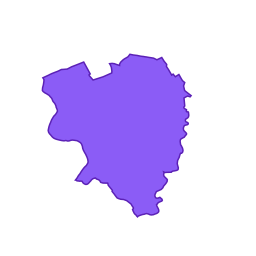 outline of Caxhuacan, Puebla, Mexico, rotated 148°
{"feature_id": "50627088B49115347423872", "entity_name": "Caxhuacan", "entity_type": "district", "adm_level": 2, "iso_a3": "MEX", "parent_name": "Mexico", "parent_adm1": "Puebla", "projection": "orthographic", "projection_center": [-97.605, 20.075], "detail": "fine", "context": "isolated", "style": "filled", "palette": "violet", "viewbox_px": 256, "rotation_deg": 148, "n_neighbors": 0, "source": "geoboundaries", "source_scale": "gbopen_adm2", "svg_char_len": 4878}
<svg xmlns="http://www.w3.org/2000/svg" viewBox="0 0 256 256"><g transform="rotate(148 128 128)"><path d="M173.6,215.7L173.6,214.2L173.7,213.4L174.8,211.9L176.6,209.8L177.0,209.4L177.7,208.7L179.0,207.5L180.0,206.2L180.7,205.2L180.7,204.3L180.5,203.5L179.8,201.7L179.0,200.4L178.4,199.1L177.6,197.5L177.4,195.8L177.2,194.9L177.0,193.5L177.2,192.0L177.3,191.7L177.5,190.3L177.1,187.6L177.2,186.6L177.3,185.6L177.5,184.7L177.9,183.8L178.2,181.9L178.4,180.8L178.9,179.7L180.3,178.8L180.5,178.7L182.3,177.9L184.8,177.3L186.9,176.2L188.3,175.5L189.7,174.5L190.6,173.8L192.4,172.6L194.3,171.0L195.8,169.5L197.0,168.2L197.6,166.4L197.6,164.6L197.4,163.8L197.2,162.5L196.9,160.4L196.4,158.9L195.5,157.4L194.6,156.3L193.1,154.7L191.6,153.2L191.1,152.7L189.3,151.2L189.0,151.0L187.3,150.3L186.4,149.3L185.9,148.8L184.6,148.2L184.3,148.2L184.2,148.1L182.8,147.8L181.3,147.1L181.1,146.9L179.4,145.5L179.1,145.2L178.0,144.3L177.9,144.2L177.2,143.0L176.9,142.4L176.5,141.7L176.3,141.2L176.1,140.8L175.9,139.3L176.0,138.7L176.2,137.5L176.4,136.6L176.7,135.9L177.2,134.7L177.6,132.8L177.6,132.2L177.7,131.4L177.8,129.5L177.8,128.6L177.8,128.3L178.1,126.0L178.2,125.2L178.4,124.1L178.8,122.6L179.7,120.6L179.9,120.3L180.6,119.6L183.1,118.3L185.2,117.9L185.6,117.8L186.9,117.4L187.4,117.2L187.9,117.0L188.7,116.7L190.8,115.8L191.6,115.4L192.7,114.8L194.0,114.3L194.8,114.1L196.2,113.4L197.9,112.5L200.2,111.7L199.5,111.0L199.3,110.2L198.3,109.5L197.2,108.5L196.3,108.1L195.2,107.2L195.2,105.2L195.0,104.6L194.9,104.3L194.4,103.4L193.8,102.6L193.6,102.5L193.1,102.2L192.0,101.9L191.0,102.0L189.8,102.3L188.9,102.6L187.9,102.8L186.4,103.4L184.7,103.6L182.3,103.0L181.8,102.1L181.9,101.6L180.4,99.8L179.9,98.4L179.9,96.3L178.3,94.5L174.4,92.0L175.1,89.9L174.3,83.4L175.1,82.7L174.7,79.3L174.6,77.4L174.3,74.5L173.5,73.3L173.3,73.0L171.9,71.4L169.6,69.7L167.6,67.1L166.9,65.2L165.7,61.9L165.8,59.9L165.7,57.6L166.2,56.8L167.3,56.5L167.7,54.6L167.7,53.9L167.9,52.9L167.8,51.4L167.3,49.9L167.3,48.8L167.0,47.6L166.2,47.9L165.4,47.8L163.8,47.5L162.6,47.2L161.4,46.9L160.0,46.3L158.7,46.0L157.6,45.6L156.3,44.3L155.3,42.8L154.3,41.9L152.3,41.0L150.9,40.8L149.8,40.5L148.5,40.3L147.4,40.4L146.4,40.7L145.8,41.4L145.3,42.5L145.0,44.3L145.0,44.9L144.9,46.1L144.8,46.9L144.7,47.2L144.3,48.0L143.4,48.0L142.3,48.6L141.7,48.6L140.7,48.6L139.7,48.4L139.0,48.3L138.1,48.1L137.2,48.5L136.9,49.7L137.3,51.0L137.7,52.3L139.6,52.6L140.8,53.2L141.5,54.3L141.3,56.1L140.1,57.5L138.9,58.2L138.1,58.8L137.2,59.0L135.4,58.7L134.7,58.6L132.4,58.3L130.2,58.8L128.8,59.7L128.5,59.9L126.5,60.5L125.8,60.7L124.8,61.1L123.2,61.9L122.7,62.6L122.1,63.2L122.1,64.4L122.4,65.3L122.6,66.3L122.9,67.4L123.0,68.1L122.8,68.6L122.8,69.0L122.5,69.4L122.3,69.8L122.1,70.1L121.7,70.4L121.2,70.8L121.0,71.8L120.2,70.6L118.7,69.9L117.2,69.0L115.1,67.8L114.6,67.5L113.9,67.8L112.9,67.7L111.7,67.2L111.3,67.0L109.0,66.2L107.6,66.2L106.7,67.2L106.4,67.6L105.8,69.7L105.5,70.6L105.2,71.6L103.2,74.1L102.1,74.8L100.8,75.6L100.1,76.0L99.6,76.5L98.5,77.5L97.7,78.2L96.7,78.7L95.9,78.2L94.6,78.5L93.4,79.6L92.8,80.9L92.4,82.3L92.3,83.5L92.3,84.1L92.2,84.3L92.2,86.1L91.5,87.6L90.9,89.0L89.9,90.2L89.0,90.6L87.9,90.6L86.1,90.5L85.2,90.4L83.9,90.9L83.1,91.3L82.1,91.4L81.4,92.0L81.3,93.1L81.8,95.2L82.0,96.6L81.5,97.9L80.9,98.8L80.0,99.5L79.1,100.1L78.2,100.1L77.3,99.8L76.2,99.4L75.2,99.3L74.5,99.9L74.4,100.1L74.4,100.6L74.9,101.7L75.5,102.3L75.6,103.4L75.2,104.3L74.5,104.9L73.1,104.9L72.0,105.0L71.8,105.0L71.3,105.2L70.7,105.5L69.6,106.7L69.1,107.9L68.6,108.8L68.4,109.7L68.9,110.2L69.4,110.4L69.7,111.0L69.5,111.7L69.1,111.9L68.7,112.6L69.0,113.0L69.1,113.3L69.4,113.8L69.8,114.6L69.9,115.4L69.7,116.0L69.3,116.2L68.2,116.6L64.6,123.8L62.2,123.7L60.5,123.5L58.8,121.5L57.3,122.0L58.4,124.9L58.8,126.0L59.7,128.5L60.1,129.8L58.6,134.2L55.8,136.5L56.7,139.2L56.7,140.8L56.7,141.5L56.6,143.8L56.5,145.3L56.5,146.4L59.6,146.4L60.7,146.4L61.2,149.8L62.9,149.7L62.8,153.5L62.7,156.1L62.8,159.0L62.8,159.8L61.5,161.4L62.0,165.5L62.0,165.8L62.0,169.9L67.0,170.5L67.3,170.5L69.1,173.4L69.3,173.7L71.8,175.9L72.2,176.2L74.0,177.8L74.4,178.2L76.1,179.6L76.5,180.0L76.8,180.3L77.1,180.5L77.6,180.9L78.1,181.3L79.2,182.2L81.8,184.7L84.8,187.1L87.3,189.5L88.1,189.2L89.2,188.8L90.3,188.4L91.7,188.4L93.8,188.5L94.7,188.5L96.2,188.4L99.4,187.7L101.3,186.6L102.0,185.5L104.1,188.0L105.6,189.9L105.8,190.0L107.2,191.2L109.5,192.3L109.6,190.3L110.0,188.2L111.1,185.7L111.7,184.5L112.7,183.3L121.9,184.6L132.2,187.2L133.0,192.3L133.1,192.6L132.9,193.7L131.4,193.9L131.3,195.9L131.2,196.9L131.0,200.5L130.9,202.1L130.6,207.4L131.0,207.5L133.3,207.9L138.7,208.9L141.3,209.4L143.4,209.8L148.4,210.2L148.7,210.4L149.7,210.9L152.0,212.1L153.5,212.9L155.4,213.1L155.9,213.1L157.1,213.3L158.0,213.4L158.4,213.5L159.8,213.8L161.5,214.1L163.6,214.5L166.0,214.8L167.5,214.9L169.7,215.2L170.6,215.3L173.6,215.7Z" fill="#8b5cf6" stroke="#5b21b6" stroke-width="1.5"/></g></svg>